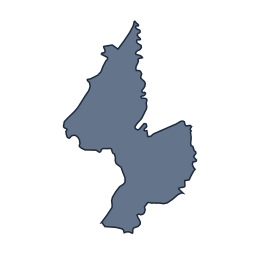 Pando, Canelones, Uruguay (Albers equal-area conic projection), rotated 352°
{"feature_id": "84410073B3129113216755", "entity_name": "Pando", "entity_type": "district", "adm_level": 2, "iso_a3": "URY", "parent_name": "Uruguay", "parent_adm1": "Canelones", "projection": "albers", "projection_center": [-55.95, -34.701], "detail": "fine", "context": "isolated", "style": "filled", "palette": "slate", "viewbox_px": 256, "rotation_deg": 352, "n_neighbors": 0, "source": "geoboundaries", "source_scale": "gbopen_adm2", "svg_char_len": 3600}
<svg xmlns="http://www.w3.org/2000/svg" viewBox="0 0 256 256"><g transform="rotate(352 128 128)"><path d="M109.6,231.2L110.6,231.0L111.8,230.7L114.3,230.9L116.3,231.9L117.5,232.8L118.1,232.4L118.3,231.0L118.7,229.2L119.4,228.0L121.0,227.5L124.2,226.9L126.6,225.0L127.1,223.1L126.5,220.8L125.3,217.8L124.8,215.5L126.6,214.7L128.4,215.7L130.6,215.5L132.4,214.2L133.6,211.4L133.3,208.4L137.2,204.6L139.0,204.8L141.2,205.8L143.1,205.7L144.9,206.2L149.2,206.8L152.6,207.9L156.5,207.6L161.8,205.0L168.4,200.8L172.1,199.7L173.5,200.2L170.2,196.1L169.8,194.9L170.2,194.5L171.3,194.4L175.2,194.3L176.3,193.5L176.8,188.0L181.3,187.9L183.7,184.2L187.1,179.6L188.7,178.2L188.2,177.4L187.5,176.3L186.9,174.7L186.6,173.1L187.3,171.6L187.8,170.5L188.9,170.7L190.8,170.4L191.4,169.3L189.9,167.2L189.0,165.5L190.0,164.3L191.7,162.7L191.7,161.1L190.4,159.6L190.0,157.1L189.6,155.2L188.1,154.2L187.9,152.1L189.2,146.5L189.3,140.9L190.2,139.7L189.5,138.7L189.6,137.3L191.2,135.4L189.9,134.1L186.0,134.1L185.1,133.0L184.7,132.1L184.9,130.8L184.5,129.5L183.2,128.7L180.9,128.8L176.4,130.7L156.7,136.2L152.5,137.4L149.3,139.4L146.4,139.3L146.3,133.2L144.5,133.2L143.7,132.7L143.8,131.6L144.8,130.6L146.3,129.8L146.8,128.9L146.6,127.6L146.7,126.7L145.5,126.0L144.4,125.9L139.0,130.8L137.4,131.2L136.2,130.5L135.2,129.5L135.0,127.9L137.3,125.1L142.9,120.4L148.9,111.6L149.5,109.7L149.5,105.7L150.1,104.3L150.5,103.5L150.6,102.3L149.8,101.3L147.8,100.7L146.1,100.6L145.4,99.8L145.3,98.7L146.6,98.2L147.8,98.3L149.2,97.6L150.2,96.2L149.9,95.5L149.2,94.9L147.9,95.0L147.2,94.7L146.7,94.0L146.8,93.2L147.5,92.3L149.1,90.8L150.5,89.0L151.3,86.4L150.7,84.2L148.9,82.1L147.5,80.2L148.3,77.9L149.1,76.4L148.5,74.3L147.5,72.9L146.1,72.5L144.2,72.2L144.0,70.2L144.6,68.1L146.5,65.3L147.5,63.5L147.5,61.3L148.9,60.6L151.0,60.6L152.1,60.4L151.6,59.2L150.3,58.1L148.1,57.0L146.0,56.1L146.0,54.5L148.2,52.7L149.5,52.5L150.9,51.9L151.2,51.6L152.4,50.3L152.5,48.2L150.2,46.3L148.8,44.9L148.6,43.8L148.7,42.5L149.6,41.9L150.6,42.2L151.6,42.3L152.6,42.1L152.6,41.2L151.8,40.1L151.1,39.5L150.5,38.2L150.0,37.4L150.3,36.5L151.3,35.7L152.5,35.4L153.3,34.8L153.5,33.5L152.9,32.5L151.3,31.6L150.5,31.0L149.8,30.2L149.5,29.3L149.6,28.5L150.2,28.2L151.2,28.2L152.3,28.3L152.6,28.2L152.7,27.4L152.2,26.7L151.5,25.9L150.8,25.1L150.2,24.1L149.6,23.2L148.8,23.6L148.2,25.8L146.8,28.5L142.5,34.2L136.2,41.2L129.0,48.5L124.7,44.3L123.8,43.6L116.1,43.8L115.3,43.9L115.3,45.4L116.0,47.1L115.9,49.2L115.4,49.9L113.9,50.1L112.9,50.1L112.0,50.8L112.0,51.5L113.3,52.2L114.4,53.1L115.5,53.8L116.4,54.5L117.5,55.3L117.5,56.2L116.9,57.5L115.5,58.4L111.7,63.7L109.1,68.5L105.4,71.5L101.1,73.0L98.0,74.0L96.4,74.3L95.2,74.1L94.3,74.6L94.5,75.5L95.3,76.6L96.1,77.6L96.4,81.4L94.5,85.4L90.2,90.1L81.1,100.9L77.2,104.3L69.5,109.9L65.8,112.9L64.6,116.5L64.4,117.2L64.3,117.8L64.9,118.8L67.4,120.6L67.1,121.7L66.0,122.8L66.0,125.7L66.3,127.3L66.5,128.5L67.1,129.2L68.3,129.9L69.3,129.5L70.5,128.3L71.4,127.8L73.8,127.7L75.4,128.3L77.3,130.5L78.3,133.1L78.2,135.0L78.3,136.7L77.7,137.9L77.2,139.0L77.6,139.9L79.2,141.6L82.4,143.7L87.9,144.6L93.2,145.5L94.7,146.6L95.6,147.6L96.8,148.0L97.7,147.4L98.9,145.4L100.6,144.9L104.9,145.6L107.1,145.7L108.7,146.4L109.0,149.3L109.7,151.1L111.0,151.9L111.0,153.1L111.2,153.8L111.4,155.2L110.8,158.8L111.3,161.6L115.7,166.0L115.9,167.2L116.8,171.4L118.1,176.8L117.5,181.4L115.4,183.2L111.5,185.0L107.1,189.3L103.0,194.4L101.7,197.7L101.6,202.0L101.1,204.5L95.3,211.1L88.4,218.1L89.3,218.0L89.7,219.2L91.4,222.4L98.0,223.8L102.5,224.8L108.1,227.1L109.3,228.5L109.6,231.2Z" fill="#64748b" stroke="#1e293b" stroke-width="1.5"/></g></svg>